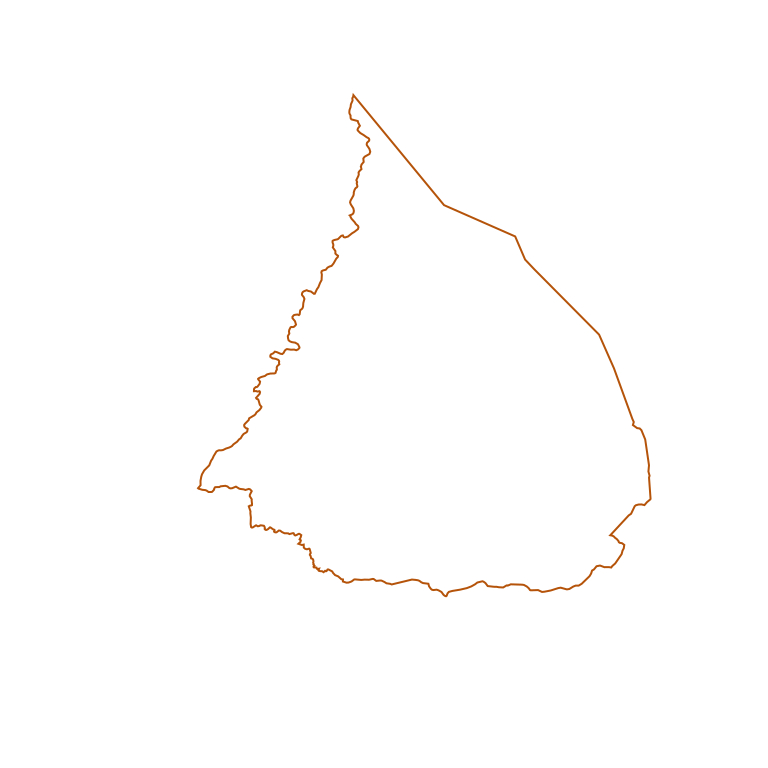 Samlout, Batdâmbâng, Cambodia (Natural Earth projection), rotated 62°
{"feature_id": "14789045B92123585900172", "entity_name": "Samlout", "entity_type": "district", "adm_level": 2, "iso_a3": "KHM", "parent_name": "Cambodia", "parent_adm1": "Batdâmbâng", "projection": "natural_earth1", "projection_center": [102.824, 12.565], "detail": "fine", "context": "isolated", "style": "outline", "palette": "amber", "viewbox_px": 768, "rotation_deg": 62, "n_neighbors": 0, "source": "geoboundaries", "source_scale": "gbopen_adm2", "svg_char_len": 6165}
<svg xmlns="http://www.w3.org/2000/svg" viewBox="0 0 768 768"><g transform="rotate(62 384 384)"><path d="M315.3,198.9L254.3,247.0L114.6,275.4L115.9,276.4L116.8,277.8L119.0,278.7L121.5,281.9L123.8,283.5L125.9,285.8L127.7,287.0L129.0,287.5L131.3,287.5L132.3,288.1L133.9,288.7L135.1,288.5L139.5,283.7L141.3,284.1L144.7,284.1L146.1,287.0L147.2,288.1L148.4,288.0L151.3,287.1L154.8,285.0L157.9,283.5L159.6,282.3L160.6,282.1L161.4,282.3L162.2,282.9L163.0,285.7L164.1,286.7L165.1,287.0L169.5,286.5L172.5,287.1L174.1,288.9L174.2,294.0L174.5,295.1L175.2,296.4L178.4,297.7L179.7,300.9L180.7,301.7L181.0,302.3L183.7,303.0L184.4,305.5L185.1,306.9L185.5,307.3L187.0,307.8L188.1,308.8L191.0,312.7L193.1,312.9L193.8,313.8L197.0,314.7L197.6,315.6L197.6,316.4L197.9,317.5L198.9,319.0L200.7,320.8L201.9,321.4L203.2,322.5L206.4,327.5L207.7,328.7L209.8,329.0L214.5,328.6L217.0,329.3L218.5,330.5L219.1,331.5L219.3,332.5L219.1,334.9L219.7,334.6L220.4,335.1L222.8,335.1L227.5,333.9L229.3,333.8L232.4,332.7L233.7,333.0L235.0,334.3L235.8,339.0L235.9,341.3L236.9,346.6L236.3,349.6L235.4,350.6L233.5,350.6L233.2,351.8L233.2,352.5L234.4,356.3L234.4,357.1L233.6,360.0L233.4,361.5L233.6,362.3L235.0,363.0L236.8,363.2L238.1,363.8L239.4,365.1L243.8,364.5L246.0,365.7L247.6,365.2L249.2,364.4L250.2,365.2L250.9,367.3L253.9,372.0L255.1,374.8L254.7,376.9L254.7,379.2L255.8,381.8L255.1,384.4L255.1,386.0L256.0,386.9L258.2,387.5L262.9,390.3L264.8,393.1L267.7,396.5L268.8,398.7L271.8,402.7L271.5,403.5L268.0,405.1L266.3,407.2L264.9,408.2L264.5,411.5L264.7,412.6L265.4,413.7L266.5,414.5L267.1,414.6L269.4,414.1L271.5,414.3L274.6,417.2L277.6,419.1L278.6,420.1L279.1,421.0L279.6,423.4L282.9,425.8L283.2,426.8L282.0,427.8L281.1,430.2L280.9,431.4L281.7,433.3L283.0,433.9L286.8,433.1L290.2,433.8L290.7,434.6L291.2,436.7L291.0,437.7L290.1,439.1L290.1,439.9L291.7,442.2L293.1,443.3L295.0,443.9L296.5,446.4L298.7,447.3L300.6,447.7L302.1,447.1L303.7,445.8L305.8,443.0L308.5,441.3L311.9,441.4L312.4,441.7L313.1,443.6L313.0,445.6L311.4,447.2L310.0,450.1L307.6,453.3L307.6,454.9L308.3,456.5L309.3,457.8L309.8,459.7L308.7,461.2L305.5,463.7L304.2,465.2L304.9,467.3L304.8,470.0L305.4,470.9L306.6,471.6L309.0,470.4L310.8,468.0L313.0,466.1L314.0,465.8L314.7,465.9L316.2,466.9L317.5,467.2L317.8,468.9L318.3,470.2L318.9,470.9L321.1,471.9L321.5,472.8L323.3,474.6L323.3,475.6L321.4,479.5L320.6,482.7L321.0,485.4L320.2,489.1L320.1,491.5L320.3,492.7L320.8,492.9L323.7,492.3L325.5,493.8L326.9,496.9L327.0,497.8L326.5,498.6L327.0,500.6L327.5,501.2L329.3,502.2L330.2,500.2L331.2,499.4L331.9,497.3L332.9,497.2L334.3,498.4L336.2,503.5L337.3,503.4L338.4,502.4L339.4,502.4L344.0,503.4L346.6,502.9L347.3,503.6L348.5,506.2L349.2,509.9L350.4,511.8L350.7,513.1L351.0,519.2L352.3,520.4L353.9,525.6L354.6,526.8L356.1,527.3L358.3,526.6L359.0,525.7L359.6,525.4L361.7,527.1L362.1,528.1L362.2,531.4L363.1,533.5L364.7,536.1L364.8,537.8L366.0,540.8L366.6,545.3L367.4,547.3L367.5,548.8L367.4,550.6L366.8,553.8L366.7,557.2L366.0,559.2L365.1,560.7L364.9,561.7L364.9,563.6L367.7,568.3L369.5,570.6L370.5,572.6L373.8,576.5L375.9,583.3L378.3,587.1L380.1,588.9L383.4,591.5L387.3,593.5L388.7,597.1L389.3,596.9L392.1,594.1L393.8,591.6L394.8,590.7L397.0,589.6L398.3,587.1L398.5,586.3L397.5,583.6L397.0,583.4L395.9,581.9L396.0,581.1L397.7,577.7L397.6,576.4L399.4,571.9L401.0,570.3L403.1,569.5L404.0,568.7L404.7,567.1L405.1,562.9L408.5,560.9L409.3,560.0L411.1,557.4L412.5,556.1L413.2,552.6L414.3,551.6L416.5,551.1L418.8,554.4L420.0,555.2L423.7,554.9L424.8,555.6L427.9,556.8L429.0,557.5L428.9,558.4L428.5,559.2L428.5,560.8L433.8,561.7L435.4,562.7L439.3,564.2L445.0,567.5L448.0,568.5L448.7,568.1L449.0,567.3L448.7,563.3L450.4,562.2L450.9,560.4L450.7,559.6L451.5,558.3L452.8,556.6L453.9,556.5L455.5,556.9L455.9,557.4L456.9,557.2L457.5,556.7L457.7,556.0L457.7,554.6L457.0,552.1L457.3,551.6L460.2,550.2L461.3,549.2L462.0,549.4L462.6,550.3L463.2,550.3L464.0,549.6L464.5,548.5L464.0,545.6L464.8,544.5L466.8,543.6L469.1,541.9L470.8,538.8L472.1,538.0L472.9,534.6L473.3,533.9L475.5,533.9L476.1,533.4L476.3,531.9L476.2,529.8L476.6,529.0L478.6,528.0L480.3,529.6L481.6,531.5L483.0,530.8L484.2,531.9L484.9,534.6L487.6,532.1L488.1,530.3L490.8,531.6L492.5,531.0L493.8,529.6L494.2,527.4L494.8,527.1L498.8,528.0L499.6,529.4L500.1,529.7L501.3,529.5L503.8,530.2L504.8,529.2L505.7,529.0L507.4,529.5L508.6,530.5L510.0,530.6L510.3,531.1L511.8,530.7L512.4,532.1L513.0,532.0L514.4,529.8L515.6,530.0L516.2,529.5L516.6,528.0L517.8,529.4L518.4,529.2L519.3,528.2L520.2,526.6L521.8,525.7L521.3,523.7L522.1,523.2L522.2,522.6L521.3,520.9L521.7,520.1L525.2,517.7L526.8,517.7L529.8,516.9L532.3,514.8L536.4,513.3L537.3,512.0L539.1,513.0L541.8,510.4L542.6,508.7L543.0,506.4L543.1,505.2L542.6,502.2L542.8,501.5L546.3,496.1L547.7,492.8L549.8,489.1L550.8,485.5L551.3,484.7L554.2,483.3L555.6,479.9L556.4,478.5L559.1,476.5L561.1,475.4L563.3,472.4L564.6,471.3L569.8,451.1L571.8,448.1L573.3,446.1L574.5,445.1L576.5,444.2L578.1,443.0L581.2,438.6L583.8,439.2L586.8,438.8L588.1,438.3L589.1,437.2L590.3,434.1L591.8,432.7L594.6,430.9L598.1,430.4L599.5,429.8L600.5,428.9L600.4,428.1L598.7,426.2L598.0,424.3L598.8,420.8L601.3,413.4L603.1,406.7L603.7,401.9L603.6,397.6L603.1,394.8L604.4,389.7L605.3,388.9L607.3,387.9L611.1,387.3L614.6,382.2L616.0,379.7L617.3,378.1L619.6,374.3L619.4,370.4L619.6,369.8L620.1,369.4L620.4,366.1L626.0,356.3L627.1,354.8L629.8,353.0L632.2,352.1L634.5,351.8L635.1,351.2L638.3,344.7L641.8,342.1L642.7,339.9L644.6,333.7L646.0,326.0L646.8,323.6L650.9,319.3L651.3,318.7L652.0,316.6L651.7,311.9L652.0,309.4L653.4,306.7L653.2,303.2L650.2,292.8L648.6,290.1L646.4,287.9L646.3,285.7L644.7,281.9L645.7,278.5L649.2,275.4L651.2,271.5L652.7,269.5L651.9,267.9L651.0,264.1L645.8,254.1L643.1,251.6L641.7,249.5L638.9,247.4L636.3,248.6L634.8,250.5L633.9,250.9L632.8,250.7L630.4,251.2L628.2,252.2L626.4,252.7L625.1,253.6L623.8,255.2L614.9,229.6L614.6,226.8L609.6,220.0L609.3,218.6L609.9,215.9L611.2,213.2L613.2,210.9L611.8,207.3L610.9,203.0L610.4,202.5L591.0,193.9L589.7,192.6L585.4,191.6L580.2,188.2L555.6,179.4L545.7,178.4L543.3,179.1L541.8,181.2L537.1,183.5L534.8,181.3L531.4,181.1L478.2,173.6L441.4,170.9L353.1,197.5L340.4,201.0L315.3,198.9Z" fill="none" stroke="#b45309" stroke-width="2"/></g></svg>